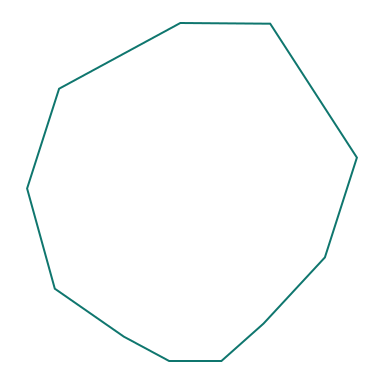 outline of Kumho, Hamgyŏng-namdo, North Korea
{"feature_id": "82179303B22742196001734", "entity_name": "Kumho", "entity_type": "district", "adm_level": 2, "iso_a3": "PRK", "parent_name": "North Korea", "parent_adm1": "Hamgyŏng-namdo", "projection": "orthographic", "projection_center": [128.38, 40.117], "detail": "fine", "context": "isolated", "style": "outline", "palette": "teal", "viewbox_px": 384, "rotation_deg": 0, "n_neighbors": 0, "source": "geoboundaries", "source_scale": "gbopen_adm2", "svg_char_len": 265}
<svg xmlns="http://www.w3.org/2000/svg" viewBox="0 0 384 384"><path d="M221.4,361.0L263.5,323.6L324.9,257.4L356.9,157.6L270.2,23.7L180.3,23.0L59.1,88.7L27.1,188.5L54.8,288.7L123.9,336.7L169.1,361.0L221.4,361.0Z" fill="none" stroke="#0f766e" stroke-width="2"/></svg>